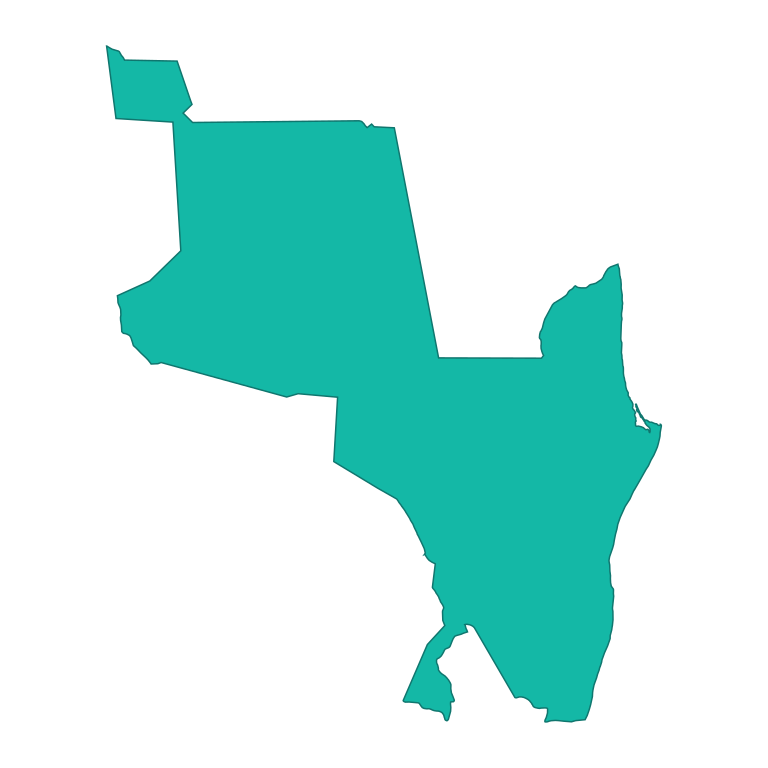 outline of Massinga, Inhambane, Mozambique
{"feature_id": "85939544B96403406066950", "entity_name": "Massinga", "entity_type": "district", "adm_level": 2, "iso_a3": "MOZ", "parent_name": "Mozambique", "parent_adm1": "Inhambane", "projection": "natural_earth1", "projection_center": [35.191, -22.846], "detail": "fine", "context": "isolated", "style": "filled", "palette": "teal", "viewbox_px": 768, "rotation_deg": 0, "n_neighbors": 0, "source": "geoboundaries", "source_scale": "gbopen_adm2", "svg_char_len": 6073}
<svg xmlns="http://www.w3.org/2000/svg" viewBox="0 0 768 768"><path d="M377.4,488.0L396.7,499.0L398.2,501.0L398.3,501.4L399.3,502.9L400.8,504.8L402.0,506.7L402.3,506.8L402.8,507.8L403.1,508.0L405.1,510.9L406.0,512.5L406.6,513.4L409.7,518.4L410.6,520.4L412.9,524.0L414.3,527.5L416.9,532.8L417.3,534.3L418.1,535.6L421.4,542.4L424.3,548.7L425.3,553.1L424.5,554.3L424.7,554.2L427.5,558.5L429.2,560.4L432.0,562.2L435.3,563.8L432.4,587.3L432.9,588.4L433.9,589.5L434.8,590.7L435.6,591.9L436.0,592.9L437.5,595.0L438.4,596.5L438.6,596.8L439.3,598.8L440.2,600.6L440.5,601.7L442.7,605.0L443.7,607.3L443.5,608.7L442.6,610.8L442.5,611.9L442.8,620.4L444.8,625.6L427.4,644.5L403.2,700.5L403.4,701.1L404.2,701.7L405.4,702.1L409.1,702.0L417.9,702.8L418.9,703.1L419.5,703.7L421.3,706.4L421.6,706.6L421.8,707.0L422.3,707.6L424.0,708.4L426.6,708.8L429.2,708.7L431.2,709.4L432.1,709.9L434.1,710.6L436.5,711.0L438.5,711.1L440.4,711.7L442.1,712.7L443.6,714.8L444.1,716.3L444.1,716.7L444.8,718.6L444.8,719.0L445.4,720.1L446.6,720.7L447.3,720.6L448.0,719.9L448.4,719.3L450.6,711.3L450.8,707.4L450.5,704.0L450.6,702.1L450.9,701.9L453.5,701.7L454.1,701.0L454.3,700.2L453.0,696.7L451.4,692.8L450.8,688.7L450.9,684.7L450.4,683.2L448.6,680.1L447.8,679.2L447.0,678.1L445.1,676.1L441.6,673.7L440.2,672.4L438.7,670.4L438.4,669.7L438.4,668.2L437.8,665.7L437.4,664.5L436.9,663.7L436.6,662.6L436.5,660.7L436.6,659.8L437.0,659.1L437.9,658.4L438.7,658.1L439.7,657.4L441.3,655.9L443.3,652.6L444.4,650.3L445.1,649.2L446.7,648.4L448.1,647.9L449.2,647.3L449.4,646.9L449.7,646.8L450.2,646.0L452.1,641.1L453.2,638.6L454.6,636.5L455.1,636.1L456.6,635.5L461.2,634.2L463.5,633.2L467.5,631.9L466.8,630.0L466.0,628.5L465.1,625.0L464.8,624.6L466.2,624.3L467.1,624.3L469.9,624.8L470.9,625.2L472.8,626.2L474.3,627.6L514.9,697.5L515.8,697.8L516.4,697.8L519.4,696.9L521.3,696.9L523.8,697.4L525.5,698.1L527.9,699.4L529.5,700.7L531.6,703.3L531.9,704.1L532.2,704.2L533.1,706.1L533.7,706.8L535.0,707.5L537.5,708.1L539.4,708.4L540.9,708.1L544.9,707.9L546.4,708.0L547.0,708.2L547.6,708.9L547.5,713.0L546.3,717.4L545.0,720.2L544.9,721.3L544.9,721.7L545.3,721.9L546.6,721.9L547.8,721.7L549.0,721.2L551.1,720.7L555.4,720.4L558.7,720.6L564.0,721.2L571.5,721.8L575.7,720.6L585.1,719.7L587.2,715.5L589.2,709.7L590.6,704.8L592.4,696.6L592.6,692.6L592.9,690.3L594.0,685.0L594.7,683.0L596.6,677.8L597.5,674.4L599.1,670.1L599.8,667.2L600.1,666.9L601.6,662.2L602.0,659.7L602.9,657.3L604.5,652.8L607.6,645.9L610.1,638.7L610.2,635.6L611.7,629.9L612.1,627.0L612.4,625.5L613.0,619.8L612.9,611.4L612.5,609.0L612.5,607.6L613.7,596.2L613.4,593.7L613.5,589.8L613.3,589.0L611.3,586.2L610.6,582.9L610.4,578.6L610.5,575.6L609.9,571.2L609.7,564.9L609.1,561.9L609.0,560.2L609.6,556.7L612.6,548.1L613.6,544.5L614.4,539.7L615.5,534.2L616.9,529.1L617.8,524.3L620.2,517.4L625.1,506.5L630.0,498.9L632.3,493.7L634.1,490.0L634.3,490.0L639.5,481.0L646.1,469.3L648.4,465.8L651.0,460.1L653.8,455.2L656.0,450.3L657.4,446.9L658.4,443.3L659.4,439.1L660.0,436.1L660.2,432.5L661.4,425.8L660.9,424.5L660.4,424.3L660.4,425.0L659.9,425.3L658.6,425.4L658.0,425.1L657.0,424.1L656.5,423.8L654.9,423.6L651.6,422.2L650.2,422.2L649.5,422.1L647.4,420.5L646.2,420.1L645.0,420.1L644.1,419.4L641.9,415.7L640.4,414.0L637.4,407.2L636.4,404.5L636.1,404.1L635.9,404.1L635.6,404.5L636.0,405.4L635.9,406.4L636.1,407.1L637.0,408.1L637.1,408.7L636.8,409.2L636.6,409.8L637.0,411.1L637.3,411.7L637.7,411.6L637.8,411.4L638.3,411.8L639.1,413.1L639.3,413.8L640.0,415.1L640.5,416.8L641.2,417.5L642.5,418.2L642.8,419.1L643.5,420.1L644.0,420.5L644.2,421.4L644.8,421.6L645.0,422.0L645.0,422.9L646.4,424.9L647.4,425.9L648.7,426.9L649.8,428.3L650.1,429.3L650.1,431.8L649.8,432.1L649.7,432.5L649.3,432.3L648.9,430.7L648.7,430.2L647.8,429.3L645.9,429.7L645.3,429.4L643.4,427.7L641.3,426.8L638.4,426.1L636.3,426.3L635.6,425.6L635.4,422.1L635.6,421.6L636.0,421.3L636.1,420.9L635.7,419.9L635.8,417.9L635.0,416.5L634.7,415.0L634.7,414.1L635.0,413.4L635.4,413.1L635.4,412.4L634.4,410.6L632.9,408.8L632.6,408.1L632.5,407.5L632.8,406.6L632.9,405.1L632.9,404.1L632.6,403.4L632.0,402.0L630.1,399.2L629.9,397.8L628.9,396.9L628.1,395.2L628.2,393.8L628.2,392.7L626.7,390.0L625.9,387.2L625.6,385.2L625.5,382.9L624.7,380.5L624.4,378.4L623.8,376.2L623.4,373.3L623.4,369.0L623.3,367.1L622.8,365.6L622.4,360.0L622.0,358.7L621.9,355.4L621.4,352.8L621.8,344.9L621.8,342.7L621.0,340.6L620.8,338.4L621.3,324.2L621.5,321.3L621.9,319.7L621.9,318.1L621.5,316.3L621.5,313.4L622.3,308.1L622.3,305.6L622.6,303.9L622.6,302.9L622.1,300.0L622.2,295.0L621.1,288.1L621.2,284.3L620.8,279.5L620.4,278.3L620.2,276.8L619.8,275.5L619.3,268.8L618.3,266.1L617.9,264.2L610.4,267.0L608.4,268.4L607.5,269.3L606.5,271.0L606.1,271.3L603.8,275.6L603.3,277.1L601.7,279.3L595.9,283.2L593.5,283.9L590.5,284.6L589.4,285.2L588.4,286.2L586.4,287.7L585.5,287.9L581.2,287.9L578.1,287.5L576.8,286.9L575.5,285.9L574.7,286.2L574.1,286.8L573.0,288.3L572.6,288.4L571.9,289.2L569.6,290.5L568.8,291.5L568.6,291.6L567.0,294.4L565.8,295.6L561.7,298.5L554.1,303.1L552.5,304.8L544.9,318.9L543.7,322.5L542.3,328.2L540.7,331.5L540.4,331.7L539.7,334.3L539.4,337.5L539.7,338.5L540.5,339.3L540.8,339.7L541.2,341.6L541.2,344.3L541.0,345.6L541.1,348.5L542.0,351.9L542.5,353.0L542.5,353.4L543.6,355.4L541.5,358.2L438.6,357.9L394.3,127.8L374.2,126.8L371.6,124.1L367.2,127.6L366.7,127.4L366.6,127.0L365.3,125.8L364.0,123.8L361.7,121.5L359.7,120.9L358.5,120.8L192.6,122.5L183.1,113.1L192.0,104.4L190.5,100.4L177.1,61.1L124.5,60.1L123.6,58.2L122.7,56.9L121.4,55.4L119.3,51.7L118.5,51.1L112.1,49.2L109.1,47.5L107.1,46.2L106.6,46.1L116.0,118.5L172.9,122.1L180.8,250.8L149.8,281.0L117.4,295.7L117.8,298.7L118.0,302.6L118.6,304.3L120.0,307.4L120.6,309.3L120.7,310.4L120.9,315.0L120.5,317.5L120.6,320.3L121.4,325.0L121.7,330.3L121.8,331.6L122.7,332.7L123.5,333.3L125.3,333.6L127.1,334.2L129.4,335.4L129.8,335.8L130.6,337.1L131.1,338.2L132.5,342.5L133.2,345.0L133.5,345.7L136.4,348.3L140.9,353.0L145.9,357.7L148.0,359.9L150.3,362.8L151.1,364.0L157.9,363.7L161.1,362.5L286.7,397.0L298.1,393.7L337.6,397.2L333.8,461.6L377.4,488.0Z" fill="#14b8a6" stroke="#0f766e" stroke-width="1.5"/></svg>